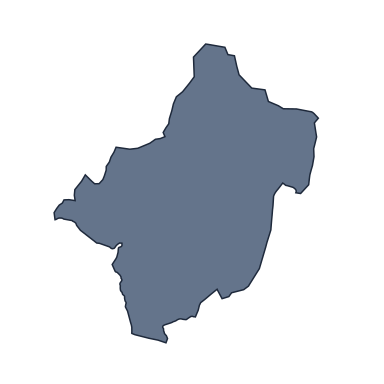 New Juaben South Municipal, Eastern, Ghana, rotated 347°
{"feature_id": "2480657B86034404720136", "entity_name": "New Juaben South Municipal", "entity_type": "district", "adm_level": 2, "iso_a3": "GHA", "parent_name": "Ghana", "parent_adm1": "Eastern", "projection": "orthographic", "projection_center": [-0.271, 6.08], "detail": "fine", "context": "isolated", "style": "filled", "palette": "slate", "viewbox_px": 384, "rotation_deg": 347, "n_neighbors": 0, "source": "geoboundaries", "source_scale": "gbopen_adm2", "svg_char_len": 3111}
<svg xmlns="http://www.w3.org/2000/svg" viewBox="0 0 384 384"><g transform="rotate(347 192 192)"><path d="M326.3,159.0L326.8,152.2L331.7,148.5L328.6,143.1L327.4,141.5L326.4,140.7L323.6,139.5L319.3,137.6L312.5,134.6L299.6,131.4L295.6,127.4L286.8,121.0L286.1,108.9L273.6,104.2L264.2,88.4L264.1,84.8L263.9,79.6L264.0,68.8L257.9,66.2L256.6,58.4L240.7,51.7L238.6,50.9L223.8,60.9L220.1,80.2L214.3,85.2L205.4,92.2L198.2,95.7L193.7,102.0L190.6,108.3L186.5,115.4L184.7,120.3L181.1,123.5L177.3,127.5L178.1,132.0L173.1,132.8L168.2,132.4L161.9,135.0L149.0,137.2L141.0,136.3L128.1,131.3L124.9,135.7L120.9,139.8L118.2,144.2L114.2,147.8L113.3,151.4L110.1,156.8L107.9,159.9L103.4,163.0L99.0,162.1L96.7,158.9L91.9,151.3L86.9,156.6L78.4,163.3L76.6,168.7L76.2,174.1L70.4,171.8L65.5,170.9L63.2,173.6L59.7,174.9L56.5,177.6L53.0,181.1L52.3,188.2L53.1,188.2L55.6,187.5L56.8,187.5L58.9,188.0L59.8,188.5L60.3,188.9L60.5,189.0L60.9,189.5L68.8,192.9L69.2,193.6L70.8,194.9L71.8,196.3L72.1,198.6L74.7,204.3L81.3,212.4L87.7,220.3L90.3,221.2L99.4,227.0L100.3,228.4L101.4,229.3L102.0,229.4L103.4,229.4L104.1,229.0L106.3,227.0L108.1,226.1L110.0,225.4L111.1,225.8L112.2,226.1L111.8,228.2L111.3,228.9L110.7,229.3L108.3,229.6L107.8,230.0L107.5,230.6L106.4,234.1L104.2,238.3L103.5,239.2L103.2,239.6L97.9,244.7L99.3,252.1L99.7,252.7L100.6,253.2L101.1,253.6L103.1,256.8L103.7,258.6L103.5,260.3L103.9,261.1L103.9,262.0L103.6,262.5L103.3,262.9L102.4,263.7L101.7,264.3L101.3,264.8L101.0,265.7L101.1,267.2L100.7,268.5L100.4,269.8L100.2,271.6L100.4,272.3L100.6,273.0L101.3,274.1L101.3,275.6L101.4,276.2L102.6,277.8L102.8,278.4L102.7,279.0L102.6,279.6L102.4,280.1L102.3,283.0L102.9,284.8L102.9,285.5L102.4,286.1L101.3,288.7L101.3,289.1L102.4,293.5L102.8,305.1L103.0,308.1L102.9,310.3L101.9,314.9L101.5,316.0L101.6,316.3L104.3,318.2L117.3,324.9L125.6,328.7L132.7,333.1L135.2,329.3L134.7,326.2L134.0,325.0L133.4,323.8L133.3,323.2L133.4,322.3L133.1,321.3L133.3,320.0L133.5,318.6L133.0,317.4L133.0,317.0L133.3,316.4L134.0,315.7L135.6,315.3L141.5,314.8L143.1,314.6L144.4,314.2L146.5,314.0L147.8,313.7L149.0,313.2L149.9,313.0L151.1,312.9L151.5,312.9L151.8,312.9L152.8,313.2L153.8,313.6L154.5,314.0L155.9,314.5L157.0,314.9L158.0,315.0L158.4,314.8L158.8,314.6L159.7,314.2L161.0,313.7L161.7,313.5L162.8,313.0L163.2,313.1L163.7,313.1L164.6,313.3L165.5,313.9L166.5,314.2L167.2,314.5L171.5,308.5L173.8,303.9L174.7,302.9L175.5,301.8L180.4,299.5L188.0,295.6L194.6,292.4L194.7,292.8L194.7,293.1L194.9,293.8L197.3,302.7L204.4,302.2L207.9,299.1L220.4,298.8L225.9,296.4L226.8,295.4L240.4,281.8L251.4,262.3L253.5,258.3L256.9,252.5L260.3,246.7L261.9,241.6L263.5,236.6L264.8,232.7L266.6,227.0L267.1,225.7L267.4,224.7L267.7,224.0L270.5,214.6L270.6,214.4L270.9,213.9L271.2,213.5L272.2,212.2L273.5,210.9L274.9,209.7L276.4,208.6L282.4,203.7L283.5,204.9L284.8,206.6L285.9,207.1L286.2,207.2L291.5,210.2L291.9,210.6L292.8,211.7L293.5,212.8L293.8,213.9L293.6,215.1L293.0,216.1L297.5,217.9L307.3,211.2L309.4,205.3L310.7,201.8L313.1,197.3L315.3,193.4L318.8,185.1L320.3,177.2L322.0,173.9L325.8,166.4L326.1,161.6L326.3,159.0Z" fill="#64748b" stroke="#1e293b" stroke-width="1.5"/></g></svg>